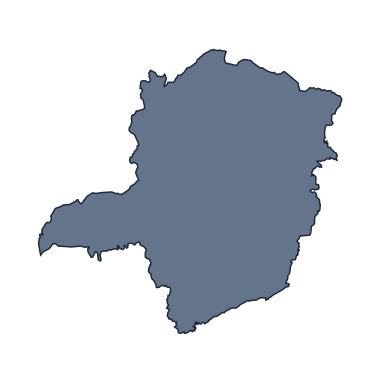 outline of Minas Gerais, rotated 355°
{"feature_id": "BRA-601", "entity_name": "Minas Gerais", "entity_type": "State", "adm_level": 1, "iso_a3": "BRA", "parent_name": "Brazil", "parent_adm1": "", "projection": "robinson", "projection_center": [-44.656, -18.566], "detail": "fine", "context": "isolated", "style": "filled", "palette": "slate", "viewbox_px": 384, "rotation_deg": 355, "n_neighbors": 0, "source": "natural_earth", "source_scale": "10m", "svg_char_len": 6021}
<svg xmlns="http://www.w3.org/2000/svg" viewBox="0 0 384 384"><g transform="rotate(355 192 192)"><path d="M161.2,67.2L165.2,69.5L166.6,71.3L167.5,73.7L169.4,73.8L170.3,74.4L173.0,74.3L175.0,72.3L176.4,76.5L173.4,83.7L173.4,84.2L173.8,84.5L176.6,82.6L177.8,80.6L182.9,81.2L184.8,79.5L185.5,77.9L186.9,76.7L188.2,74.5L190.9,74.6L192.5,73.6L194.9,71.8L197.7,68.1L201.1,67.4L207.4,63.5L208.0,62.9L208.7,60.9L216.4,55.3L222.1,53.0L223.3,52.1L225.5,52.5L226.2,51.9L227.6,52.9L231.4,53.4L232.3,53.0L233.8,54.0L237.2,54.4L238.3,55.3L237.0,57.9L235.7,62.3L236.2,63.7L236.1,65.5L237.0,66.5L246.7,69.7L248.1,69.2L249.8,66.8L254.4,64.7L256.2,64.7L262.0,66.1L263.8,68.4L270.6,74.3L272.9,74.4L276.8,77.6L280.9,79.7L283.0,80.4L284.3,80.0L286.5,82.4L289.1,81.9L290.5,82.1L293.1,80.5L294.6,80.1L307.0,92.5L308.1,100.5L308.9,100.4L313.2,101.7L316.4,100.3L317.7,98.9L318.8,98.3L320.3,99.1L322.5,98.8L324.3,100.6L327.1,99.8L329.0,100.8L330.1,102.4L332.1,101.6L335.5,103.1L339.1,103.1L339.6,104.3L340.5,104.8L340.6,105.6L341.8,105.4L342.5,105.9L345.3,108.7L347.3,108.9L348.6,111.0L349.3,113.0L348.0,115.4L347.0,119.0L343.7,121.7L341.6,125.2L341.4,126.5L339.8,126.5L337.8,127.7L337.3,133.2L338.3,135.1L338.3,136.1L336.5,137.5L331.7,137.1L330.4,139.0L329.0,145.2L329.3,149.5L328.2,151.1L328.0,154.2L328.9,154.5L329.4,153.3L330.6,153.1L329.9,154.8L330.3,155.2L331.1,154.8L331.5,155.6L331.1,158.1L331.3,159.2L333.6,159.5L334.5,161.7L336.0,162.9L336.8,164.3L339.2,166.1L339.8,168.4L338.6,171.0L339.2,173.0L337.5,171.9L336.3,171.8L335.7,171.2L333.1,170.3L332.6,169.6L332.3,171.1L331.9,171.4L330.2,170.4L326.2,172.3L324.6,171.9L322.7,172.8L321.7,172.3L320.2,172.6L319.4,172.0L319.3,172.8L323.2,176.8L323.3,178.4L321.4,178.5L319.6,177.1L318.7,177.1L316.4,179.3L315.1,179.5L313.6,182.3L312.9,182.9L313.1,185.0L312.6,186.3L313.4,186.1L314.3,185.2L316.5,187.4L316.7,188.8L315.9,194.7L316.3,195.2L318.6,195.7L319.0,198.9L317.8,200.3L314.1,200.5L313.6,199.8L311.9,199.8L310.6,200.1L309.9,201.0L311.0,202.5L312.0,203.1L313.7,202.5L315.2,203.8L315.2,204.8L315.9,205.4L315.2,207.6L316.2,208.1L318.2,210.8L318.3,214.7L318.7,215.6L317.7,221.3L316.7,222.4L315.3,222.0L315.5,224.3L312.1,227.4L311.3,234.1L309.9,235.6L308.7,235.9L307.9,236.9L306.8,242.7L306.1,244.6L305.1,245.3L296.0,245.2L295.3,245.9L294.6,247.8L292.6,249.5L292.8,251.4L294.1,252.3L293.7,253.8L294.1,255.6L292.4,258.9L293.4,258.8L293.7,259.1L291.6,263.0L292.1,263.6L291.5,264.3L290.5,264.5L289.2,268.1L288.3,268.6L285.8,268.2L284.4,269.4L284.5,270.5L285.6,270.8L285.5,271.2L283.2,275.8L283.2,277.4L282.0,281.8L280.3,283.2L279.8,286.5L277.9,290.1L277.8,291.4L279.9,291.5L280.6,292.1L280.7,293.1L280.3,293.9L279.1,294.8L278.0,294.6L272.6,297.7L263.3,301.9L261.5,303.4L259.7,303.7L259.1,304.0L258.5,305.6L257.2,305.5L256.3,306.3L256.0,305.6L256.4,304.0L251.0,303.3L247.0,305.1L244.5,305.4L243.7,304.7L241.4,305.5L240.8,305.2L239.3,305.7L238.2,305.0L229.7,308.7L228.6,309.8L225.4,311.6L224.0,311.0L220.1,311.4L217.2,313.1L215.1,313.5L213.9,315.0L211.7,314.8L206.3,317.8L202.5,318.3L198.0,321.4L197.1,321.5L196.8,322.7L193.0,324.3L192.4,323.0L191.6,322.5L189.6,324.2L188.3,324.1L187.8,323.2L185.6,324.3L185.1,323.6L186.0,322.3L183.8,322.3L183.6,322.6L184.3,324.1L181.5,326.2L182.0,326.7L183.5,326.7L183.9,327.3L183.6,328.9L182.5,328.9L182.7,330.0L182.3,330.6L181.8,330.7L181.1,330.0L180.0,331.1L178.6,329.7L178.0,330.3L177.1,330.3L175.9,331.5L172.8,332.1L172.2,332.1L172.0,330.7L168.4,331.8L166.5,331.2L166.0,329.8L166.2,327.7L162.9,324.9L165.1,323.5L164.5,321.7L165.4,320.4L161.2,318.8L160.7,317.4L157.9,316.3L157.6,314.8L156.5,313.4L157.6,309.9L159.3,307.5L158.5,306.4L157.1,306.1L156.6,305.6L157.7,304.9L157.3,304.2L157.6,303.6L158.9,302.9L157.6,300.1L158.1,298.8L157.4,297.1L158.4,296.2L159.2,292.9L160.3,292.9L161.6,290.4L161.6,288.7L162.3,287.8L161.9,285.7L161.2,284.9L159.2,284.7L158.2,283.7L158.0,282.8L156.8,283.7L154.7,282.5L153.3,282.5L151.1,284.0L148.8,284.2L148.1,283.8L148.3,282.2L146.6,277.4L144.4,274.8L143.8,271.4L144.0,270.2L141.7,267.8L142.3,264.0L143.3,262.8L143.7,261.1L144.8,260.3L144.9,259.2L143.9,255.7L140.9,253.9L139.8,252.6L140.2,248.1L141.1,246.9L141.3,245.1L139.4,242.3L136.7,240.8L135.6,239.6L135.7,238.0L134.7,237.1L131.6,238.2L130.7,239.5L130.0,239.7L127.8,237.6L123.9,237.9L123.3,238.6L123.6,239.5L123.1,241.7L121.9,242.1L121.1,240.0L120.1,239.3L119.6,242.1L117.8,243.3L115.1,241.8L114.2,239.5L113.5,238.9L113.0,239.8L113.6,242.1L113.0,242.9L111.0,242.0L108.6,242.0L106.1,242.7L103.9,242.4L101.9,243.5L99.7,243.1L96.8,243.3L96.1,243.8L94.9,246.9L95.5,251.6L94.6,252.7L92.7,251.4L92.6,245.9L92.3,244.4L91.7,243.3L90.6,243.1L87.6,248.0L86.7,248.4L85.7,248.0L83.4,243.1L83.1,240.9L83.4,239.3L84.7,238.7L84.9,238.1L84.0,237.4L80.9,237.8L76.3,236.2L66.9,236.2L54.1,234.2L51.6,231.7L49.8,231.4L47.9,232.2L47.3,233.5L44.7,236.0L38.5,238.7L35.7,241.7L34.7,230.5L34.8,228.7L35.6,227.0L35.7,224.9L37.1,223.9L36.4,222.1L36.7,220.9L37.7,220.9L39.0,221.8L39.9,221.1L38.7,219.4L39.7,215.6L42.0,213.3L42.4,212.0L44.4,210.0L45.0,209.6L46.9,210.1L48.0,209.6L49.7,206.5L49.2,203.8L54.2,196.8L54.9,196.3L60.1,195.1L62.8,193.7L69.0,193.8L75.8,190.8L76.9,189.7L77.8,190.0L78.6,192.1L80.0,193.8L80.8,194.1L87.0,187.3L92.7,184.2L96.5,185.1L102.2,184.7L112.2,185.0L116.1,187.0L117.9,186.8L119.0,187.7L122.0,188.3L129.4,184.1L131.5,180.9L135.7,178.9L138.2,176.4L139.9,175.6L137.6,168.2L138.6,165.0L140.1,162.8L140.0,160.1L139.0,158.6L136.4,157.5L134.2,158.3L132.9,156.7L132.7,155.2L133.5,152.0L135.3,152.3L136.1,149.4L137.7,148.1L138.2,146.4L139.6,145.9L140.3,144.5L141.7,143.7L141.1,142.0L142.0,140.9L143.0,140.9L143.3,140.2L140.0,130.3L137.7,128.1L136.3,127.5L135.0,125.8L134.7,124.9L135.2,122.4L136.5,120.9L138.3,116.9L138.0,113.7L138.9,110.2L141.3,109.9L143.8,106.3L145.3,106.9L146.6,106.1L149.9,105.6L152.1,104.5L152.1,101.4L151.2,95.6L149.4,94.2L149.2,90.3L151.5,86.8L150.7,84.4L149.4,84.3L150.4,78.4L151.3,77.2L153.2,76.8L154.9,77.1L158.3,79.0L159.7,78.3L160.2,77.4L159.9,74.9L159.3,73.8L159.9,72.1L159.2,70.1L161.2,67.2Z" fill="#64748b" stroke="#1e293b" stroke-width="1.5"/></g></svg>